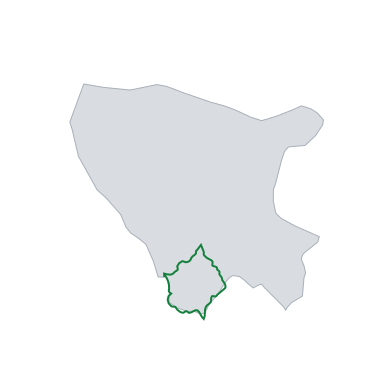 location of Cankuzo within Burundi, rotated 109°
{"feature_id": "BDI-2632", "entity_name": "Cankuzo", "entity_type": "Province", "adm_level": 1, "iso_a3": "BDI", "parent_name": "Burundi", "parent_adm1": "", "projection": "albers", "projection_center": [30.587, -3.141], "detail": "fine", "context": "in_parent", "style": "outline", "palette": "green", "viewbox_px": 384, "rotation_deg": 109, "n_neighbors": 0, "source": "natural_earth", "source_scale": "10m", "svg_char_len": 2368}
<svg xmlns="http://www.w3.org/2000/svg" viewBox="0 0 384 384"><g transform="rotate(109 192 192)"><path d="M273.2,64.9L270.6,68.3L258.8,92.5L256.5,96.1L257.8,98.3L262.8,102.9L259.9,110.5L258.7,112.6L256.5,119.7L257.7,126.2L260.5,128.6L268.2,131.7L279.7,134.0L293.3,139.4L302.4,140.4L304.5,144.3L304.1,151.3L306.4,157.4L306.4,168.3L303.7,177.8L289.7,182.3L282.5,187.2L280.6,189.7L282.3,192.5L283.3,196.4L270.1,205.9L256.6,218.4L253.4,226.8L250.7,236.7L246.7,243.0L236.5,252.1L226.0,270.5L220.8,282.5L195.1,311.1L172.3,325.4L165.6,330.3L125.1,329.5L122.0,310.2L115.8,283.8L101.8,260.0L100.4,250.1L101.0,230.9L101.0,203.9L100.1,189.4L100.3,178.8L102.1,160.4L101.9,149.4L92.7,136.7L81.2,123.2L75.0,116.7L74.7,111.3L74.7,106.4L76.5,99.2L81.0,91.2L86.0,90.3L98.3,93.5L111.2,100.3L118.0,115.5L123.2,117.7L132.7,117.7L156.9,115.7L162.9,115.9L173.9,112.3L184.8,105.8L187.9,99.1L190.5,84.1L192.8,57.1L198.3,56.8L213.6,66.4L216.9,67.1L220.1,66.7L225.4,62.0L231.9,58.1L236.7,58.2L254.5,53.7L264.0,61.8L270.0,64.4L273.2,64.9Z" fill="#d9dde1" stroke="#a8b0b8" stroke-width="1"/><path d="M264.8,135.0L265.4,134.8L267.9,131.3L269.5,130.0L271.3,129.3L272.3,129.5L280.7,134.5L282.4,135.2L283.0,135.6L283.3,136.4L283.6,138.5L284.0,139.1L285.7,139.4L287.1,139.1L288.3,138.6L289.9,138.5L291.5,139.1L294.5,141.0L296.2,141.5L299.2,141.3L305.2,139.6L308.2,139.6L307.4,141.1L307.0,141.8L303.0,146.4L302.1,148.5L302.8,150.4L305.9,153.4L307.2,155.2L307.2,155.8L306.6,157.6L306.5,158.3L307.0,159.3L308.6,160.5L309.2,161.4L309.3,163.1L309.1,164.7L308.0,167.7L306.1,170.3L306.2,171.3L306.8,173.6L306.8,174.3L304.9,177.8L301.8,179.9L298.2,180.3L294.8,178.6L294.4,180.2L293.6,181.3L292.3,182.0L290.7,182.2L287.2,183.6L284.4,185.3L281.9,187.6L279.6,190.4L280.5,190.9L280.4,191.0L278.2,191.8L278.0,188.9L277.2,185.6L276.2,184.1L274.9,183.1L273.5,182.5L272.3,181.7L271.3,180.8L270.0,180.2L268.4,180.9L267.1,181.8L263.5,181.0L260.6,178.7L260.4,177.0L260.5,175.2L259.7,173.6L258.5,172.2L256.7,171.3L254.5,171.2L252.5,170.4L250.7,169.1L249.1,168.3L246.2,168.9L245.1,168.3L244.0,167.9L239.1,166.3L244.4,161.7L245.4,161.1L247.1,160.6L248.0,159.9L249.5,156.4L250.3,151.3L251.3,149.8L254.7,148.9L255.1,147.9L254.9,145.2L255.4,143.8L256.3,143.3L257.2,142.9L257.8,140.9L258.5,140.1L259.4,139.7L260.6,139.5L261.3,138.8L263.3,135.9L264.7,135.1L264.8,135.0Z" fill="none" stroke="#15803d" stroke-width="2"/></g></svg>